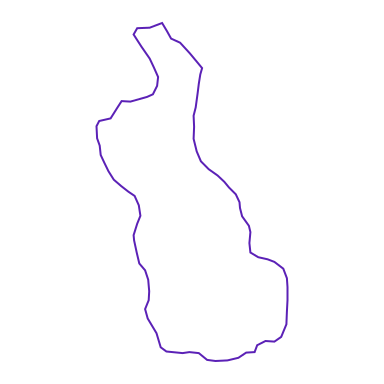 outline of Sygkrasi, Cyprus
{"feature_id": "46923920B94821377513364", "entity_name": "Sygkrasi", "entity_type": "district", "adm_level": 2, "iso_a3": "CYP", "parent_name": "Cyprus", "parent_adm1": "", "projection": "mercator", "projection_center": [33.851, 35.292], "detail": "fine", "context": "isolated", "style": "outline", "palette": "violet", "viewbox_px": 384, "rotation_deg": 0, "n_neighbors": 0, "source": "geoboundaries", "source_scale": "gbopen_adm2", "svg_char_len": 1195}
<svg xmlns="http://www.w3.org/2000/svg" viewBox="0 0 384 384"><path d="M162.1,23.0L149.7,27.7L137.2,28.2L133.6,34.5L141.4,46.6L149.7,58.6L153.9,67.5L158.1,77.0L157.1,85.9L152.9,94.3L147.1,96.9L130.4,101.6L121.6,101.1L116.9,108.4L110.6,118.4L99.2,121.0L96.5,126.2L97.1,138.3L99.7,145.6L100.7,155.0L104.4,162.9L108.5,171.3L113.8,179.7L121.1,186.0L128.4,191.7L134.6,195.9L138.8,205.3L140.4,215.8L137.2,223.7L133.6,235.2L134.1,240.4L136.7,252.5L139.3,263.5L145.1,270.3L148.2,279.7L149.2,291.3L148.7,300.2L145.1,309.1L147.7,318.5L156.5,333.2L160.7,347.3L166.4,351.5L182.6,353.1L189.4,352.1L198.8,353.1L207.1,359.9L215.5,361.0L227.5,360.4L238.4,357.8L246.2,352.6L254.6,352.1L257.2,345.2L265.5,341.0L274.4,341.6L281.2,336.9L286.4,324.3L286.9,311.7L287.5,300.2L287.5,287.1L286.9,278.2L283.3,268.7L274.4,261.9L267.6,259.3L258.2,257.2L250.4,252.5L249.4,243.1L250.4,232.1L248.9,225.8L242.1,216.3L240.0,208.0L239.5,202.2L235.8,194.3L229.0,187.5L224.3,181.8L217.6,175.5L208.7,169.2L200.9,161.3L196.7,151.4L193.6,138.8L194.1,126.8L193.6,115.7L195.7,107.4L197.7,92.7L198.8,83.8L200.3,74.4L202.1,68.1L189.8,53.3L180.1,42.7L171.1,38.6L167.0,31.2L162.1,23.0Z" fill="none" stroke="#5b21b6" stroke-width="2"/></svg>